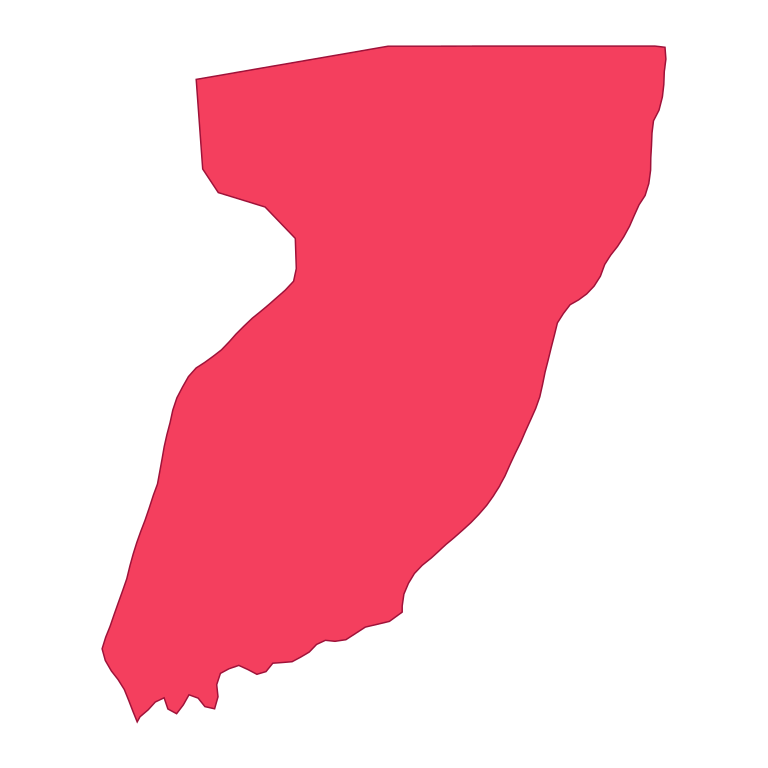 Dahr, Shabwah, Yemen (Equal Earth projection)
{"feature_id": "15242507B29053891717332", "entity_name": "Dahr", "entity_type": "district", "adm_level": 2, "iso_a3": "YEM", "parent_name": "Yemen", "parent_adm1": "Shabwah", "projection": "equal_earth", "projection_center": [47.604, 15.508], "detail": "fine", "context": "isolated", "style": "filled", "palette": "rose", "viewbox_px": 768, "rotation_deg": 0, "n_neighbors": 0, "source": "geoboundaries", "source_scale": "gbopen_adm2", "svg_char_len": 2166}
<svg xmlns="http://www.w3.org/2000/svg" viewBox="0 0 768 768"><path d="M196.2,79.4L202.7,169.0L218.3,192.6L265.1,207.0L295.3,238.4L296.3,268.6L293.6,281.2L285.2,290.2L277.0,297.4L268.7,304.7L260.7,311.4L252.4,318.1L244.0,326.1L236.0,334.1L229.0,342.0L221.4,349.9L213.0,356.4L204.6,362.5L196.2,367.9L188.5,376.5L182.5,387.1L176.9,397.8L172.8,410.1L170.1,422.6L166.9,434.7L164.2,446.7L162.1,458.8L159.7,472.0L157.5,484.0L153.4,495.1L149.2,508.1L145.0,520.4L140.8,531.3L136.8,542.5L133.2,554.0L130.0,565.6L126.8,578.7L122.5,591.1L118.0,603.6L114.0,614.9L110.1,626.3L105.7,637.2L102.1,648.8L105.3,660.5L111.4,671.0L118.1,679.6L124.3,689.5L128.8,700.6L133.0,711.5L137.2,721.9L140.0,716.8L148.2,709.8L155.3,702.0L164.1,697.8L167.9,709.0L176.6,713.7L183.3,704.9L189.0,694.8L198.1,698.1L201.3,702.1L204.9,706.6L214.6,708.8L218.0,696.8L216.7,684.7L220.4,673.4L229.1,668.7L238.8,665.4L248.0,669.6L256.9,674.3L266.0,671.6L272.8,663.2L282.6,662.5L292.1,661.7L300.7,657.1L309.3,652.0L316.6,644.4L325.4,640.3L335.0,641.3L345.9,639.7L365.3,627.1L389.4,621.4L398.2,615.0L402.2,612.1L402.2,611.4L402.2,606.0L403.9,594.1L408.5,583.2L410.9,579.3L414.4,573.5L416.4,571.4L422.2,565.3L429.6,559.3L430.2,558.9L431.5,557.8L438.4,551.5L442.1,548.0L446.0,544.4L451.1,540.2L454.4,537.4L462.9,529.9L470.9,522.6L478.8,514.4L486.7,505.3L493.4,495.9L495.3,492.8L499.4,486.4L500.8,483.6L504.9,476.1L510.3,463.9L515.5,452.8L519.7,444.3L521.0,441.6L524.8,432.7L525.9,430.2L530.8,419.4L535.7,408.4L539.8,396.8L540.9,391.9L542.6,384.3L545.1,372.0L546.1,368.1L548.2,359.9L551.2,347.6L554.4,335.1L555.9,329.0L557.4,322.9L563.4,313.5L570.1,304.7L577.5,300.5L578.6,299.9L581.0,298.1L586.7,293.9L594.1,286.1L599.5,277.6L600.4,276.2L604.7,264.5L609.2,257.4L610.7,255.1L617.6,246.3L623.8,236.7L627.4,230.1L629.5,226.3L634.3,215.3L639.1,204.7L645.1,195.5L648.1,185.8L648.8,183.6L650.6,170.2L650.8,157.7L650.9,155.9L651.5,145.5L652.0,133.0L653.5,120.8L659.0,110.2L662.3,97.3L662.5,96.0L663.8,84.6L664.3,71.4L664.8,68.0L665.1,65.3L665.9,59.1L665.0,47.3L659.6,46.6L655.0,46.1L650.3,46.1L646.1,46.1L560.1,46.1L479.0,46.1L433.5,46.2L388.1,46.2L196.2,79.4Z" fill="#f43f5e" stroke="#9f1239" stroke-width="1.5"/></svg>